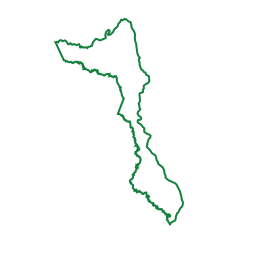 the district of Puerto Wilches, Santander, Colombia, rotated 160°
{"feature_id": "7082276B91247844433249", "entity_name": "Puerto Wilches", "entity_type": "district", "adm_level": 2, "iso_a3": "COL", "parent_name": "Colombia", "parent_adm1": "Santander", "projection": "orthographic", "projection_center": [-73.726, 7.663], "detail": "fine", "context": "isolated", "style": "outline", "palette": "green", "viewbox_px": 256, "rotation_deg": 160, "n_neighbors": 0, "source": "geoboundaries", "source_scale": "gbopen_adm2", "svg_char_len": 5961}
<svg xmlns="http://www.w3.org/2000/svg" viewBox="0 0 256 256"><g transform="rotate(160 128 128)"><path d="M91.5,207.1L90.7,210.6L89.8,212.5L89.2,214.7L89.3,217.3L89.6,218.0L90.2,220.9L90.1,222.1L89.7,222.9L89.4,226.6L91.1,228.0L92.2,230.1L93.0,231.1L93.9,231.6L96.2,231.1L97.0,232.0L97.4,232.0L99.0,230.4L101.5,229.2L102.7,227.5L104.6,226.2L105.5,226.2L106.4,225.8L107.9,224.8L108.7,223.7L110.4,222.7L112.4,221.9L114.2,222.0L114.7,222.2L114.9,222.7L114.6,223.2L112.8,224.3L112.1,225.3L112.4,226.7L113.0,226.9L115.5,225.8L116.0,225.3L117.6,223.1L117.7,220.9L118.4,220.2L123.7,219.8L124.8,220.3L127.0,222.5L127.9,222.7L131.0,221.0L132.3,219.8L133.6,217.7L134.6,217.9L135.4,217.5L137.7,217.8L138.9,217.0L139.8,218.2L141.5,218.5L142.5,219.2L143.3,219.4L143.3,220.1L143.6,220.3L144.9,219.9L145.4,220.0L145.6,220.5L145.1,221.6L145.4,223.5L148.1,223.6L150.3,225.5L152.0,225.3L152.5,225.9L152.7,226.9L153.2,227.4L154.7,226.9L155.5,227.1L156.0,228.1L155.9,229.2L156.7,231.2L157.5,231.9L159.7,231.9L161.0,233.5L161.6,233.7L163.3,233.2L164.3,232.4L165.2,233.3L166.4,232.9L166.8,233.2L165.1,213.5L163.7,212.8L163.7,211.7L163.0,211.8L162.3,211.6L161.8,210.6L160.7,209.9L158.9,209.7L158.6,208.8L158.0,208.5L157.7,207.9L157.1,207.9L156.7,208.3L155.7,208.0L154.5,208.3L153.7,207.7L152.2,207.2L152.8,206.4L152.3,205.7L151.5,205.9L152.0,205.5L151.7,205.2L151.1,205.6L150.6,205.2L150.3,205.9L149.7,205.8L149.4,205.5L149.9,204.9L148.6,203.5L148.8,202.5L149.1,202.4L148.9,201.9L149.2,201.8L149.4,200.4L149.0,200.7L148.5,200.3L148.8,199.4L149.6,198.5L148.2,198.0L147.5,198.3L146.9,197.0L145.0,195.5L144.7,193.9L143.9,193.1L143.7,193.1L143.4,193.7L142.8,194.1L142.9,193.6L142.0,193.4L141.4,193.5L140.9,194.1L140.4,193.9L140.4,194.2L139.3,194.3L138.5,193.7L138.4,193.1L137.1,192.7L136.8,192.3L137.0,191.7L137.4,192.0L137.8,191.7L137.6,191.2L137.9,190.5L137.5,189.5L137.0,189.3L137.2,188.7L136.5,188.4L135.5,188.5L134.6,187.2L133.4,186.7L132.8,186.1L131.9,185.9L132.0,185.6L131.2,185.9L130.9,185.7L129.7,186.0L128.9,185.5L128.8,185.8L128.3,185.7L128.1,185.2L127.4,185.1L127.4,184.4L127.1,184.5L127.4,183.9L127.2,184.0L127.1,183.4L127.3,182.9L126.1,182.9L125.5,182.3L125.4,181.5L124.2,181.1L124.1,180.7L122.7,181.3L122.3,180.7L122.0,180.9L121.5,180.7L121.6,179.4L121.4,178.5L122.3,176.3L122.5,174.8L122.1,171.7L121.5,169.9L121.7,169.5L121.5,169.3L122.0,169.0L121.8,168.2L121.3,168.1L121.9,167.3L122.1,166.7L121.9,166.3L122.3,165.9L121.9,165.5L122.2,164.5L122.1,162.8L122.6,160.9L122.3,158.5L121.8,157.3L132.7,144.7L131.2,143.9L130.1,142.2L129.5,142.2L129.7,141.7L128.5,141.0L128.4,140.3L129.0,139.4L128.4,138.4L128.7,137.9L128.2,137.5L128.0,136.8L128.2,136.7L127.3,135.9L127.5,135.8L126.8,134.5L125.1,133.9L125.1,133.7L124.7,133.7L124.5,133.2L124.3,133.6L124.0,133.4L124.3,132.5L124.2,131.2L125.4,127.8L125.3,127.5L124.7,127.7L123.9,127.0L123.5,125.8L124.2,125.1L124.2,123.6L124.7,123.7L124.9,123.4L124.7,123.2L125.1,123.1L124.9,122.8L124.6,123.0L124.2,122.4L124.6,122.2L124.5,121.2L125.0,120.9L124.7,119.2L125.8,118.3L126.1,117.6L125.0,116.4L125.0,115.9L125.8,115.0L125.7,114.6L125.2,114.3L125.1,113.8L126.0,113.4L126.3,112.7L125.9,111.6L126.3,110.8L125.7,110.2L125.5,109.5L126.6,108.8L125.4,108.7L125.7,107.2L125.4,106.9L124.8,107.0L124.6,106.7L124.8,106.2L125.7,106.2L125.8,105.5L125.3,105.2L124.3,105.2L125.3,104.8L124.6,104.4L125.2,103.7L126.1,103.4L127.2,103.8L127.6,103.1L128.4,102.7L129.2,103.0L129.9,101.6L129.9,100.9L129.2,100.8L128.8,100.3L129.0,98.8L128.1,98.5L127.9,97.4L127.0,97.3L127.0,96.5L126.6,95.6L127.0,94.8L126.9,93.6L127.6,93.1L128.5,91.3L130.2,90.6L131.3,90.6L131.3,89.6L132.7,90.4L132.7,89.7L133.6,89.0L132.7,88.4L133.2,87.8L132.6,87.2L133.6,87.1L134.0,87.5L134.0,86.2L135.5,85.3L135.9,84.1L137.8,83.6L138.2,82.7L138.7,82.7L138.6,82.0L139.6,82.2L139.5,81.3L140.3,79.5L141.6,78.7L143.3,78.5L144.3,77.9L144.4,77.4L143.7,75.6L143.9,75.2L144.4,75.3L144.2,74.5L142.9,73.0L142.9,71.7L143.5,71.1L144.0,70.0L143.2,68.2L143.6,66.9L143.1,66.6L141.5,67.3L141.1,65.8L141.8,65.3L141.8,64.7L141.0,64.9L140.6,64.5L140.0,65.0L138.7,64.9L138.6,63.7L137.4,63.0L137.3,61.6L136.2,60.7L134.7,61.5L132.9,61.1L132.9,60.6L133.4,59.9L133.2,58.8L133.8,57.6L133.2,57.4L132.2,57.5L132.0,57.2L132.8,56.5L133.9,56.4L133.3,55.7L132.4,56.1L132.1,56.0L133.5,54.6L133.6,53.8L132.5,52.5L132.6,52.2L133.5,52.1L133.4,51.7L132.2,50.7L131.6,49.7L130.0,48.9L130.0,48.0L131.0,47.3L130.7,46.4L130.5,46.1L129.2,46.2L128.3,44.8L127.2,44.4L127.2,43.9L127.6,43.6L128.8,43.6L128.8,42.8L128.2,42.4L127.4,42.8L127.5,41.6L127.0,40.9L125.8,41.0L125.3,40.4L124.4,40.5L124.0,40.1L124.0,38.9L123.0,37.9L123.9,37.3L122.9,36.6L122.7,35.5L121.7,34.9L121.7,34.4L122.1,33.8L121.5,33.4L120.8,33.4L120.5,32.3L119.8,32.9L119.2,33.0L119.2,32.3L118.2,31.5L118.3,30.9L118.9,30.4L119.6,30.6L120.1,31.4L121.7,31.4L122.0,30.8L121.8,29.5L122.9,28.5L122.1,27.2L122.3,26.1L121.6,24.3L121.7,22.3L121.1,23.7L119.8,24.4L115.9,24.9L114.9,25.5L114.1,26.6L113.7,27.8L111.2,30.9L109.7,31.5L106.2,34.7L104.1,35.7L103.0,36.8L101.8,39.2L101.9,42.4L101.1,46.5L101.1,48.9L100.8,49.9L101.7,58.0L102.1,59.1L103.0,60.4L107.8,65.0L109.5,68.1L109.6,69.0L109.0,70.0L109.2,73.3L108.6,75.3L108.6,76.8L108.9,79.3L111.7,83.7L111.8,84.5L111.5,85.6L112.0,87.4L111.6,92.9L114.2,96.4L114.9,99.8L116.7,103.4L116.7,104.1L115.4,106.1L115.1,107.0L112.4,110.5L110.3,111.4L109.4,113.3L110.1,114.4L111.8,115.7L113.9,118.5L113.9,119.4L112.9,121.7L112.9,122.5L113.8,124.1L114.4,126.5L116.9,129.9L116.4,131.6L115.6,132.1L113.7,131.5L113.0,131.7L112.3,132.4L112.3,133.8L113.7,136.0L114.1,138.2L113.2,139.6L110.1,141.3L110.2,143.2L109.6,145.9L109.7,147.1L107.5,149.2L105.6,156.1L104.6,156.7L101.8,156.5L101.4,157.2L101.1,158.5L99.4,160.0L99.0,162.0L98.6,162.4L96.8,163.0L93.7,163.5L92.4,164.2L91.7,165.2L91.6,166.4L91.0,167.8L90.8,169.8L92.5,171.5L92.8,172.4L92.6,174.0L93.9,175.1L94.2,176.7L95.6,178.8L95.4,183.8L94.8,185.0L94.7,187.6L94.4,188.7L92.9,189.8L93.7,192.6L93.7,194.7L92.3,201.4L91.6,203.6L91.5,207.1Z" fill="none" stroke="#15803d" stroke-width="2"/></g></svg>